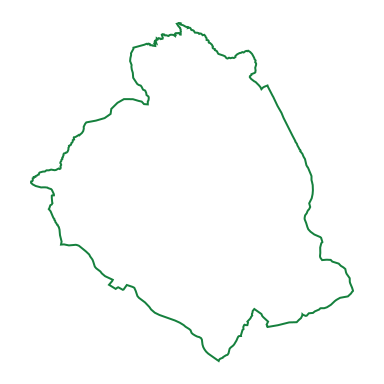 Gura Vaii, Bacau, Romania (Natural Earth projection)
{"feature_id": "2599482B95523815467969", "entity_name": "Gura Vaii", "entity_type": "district", "adm_level": 2, "iso_a3": "ROU", "parent_name": "Romania", "parent_adm1": "Bacau", "projection": "natural_earth1", "projection_center": [26.849, 46.295], "detail": "fine", "context": "isolated", "style": "outline", "palette": "green", "viewbox_px": 384, "rotation_deg": 0, "n_neighbors": 0, "source": "geoboundaries", "source_scale": "gbopen_adm2", "svg_char_len": 5802}
<svg xmlns="http://www.w3.org/2000/svg" viewBox="0 0 384 384"><path d="M347.9,296.4L351.0,293.5L351.9,292.1L352.9,291.1L353.0,290.7L352.1,287.8L350.2,283.3L349.8,281.9L349.7,278.2L346.6,273.8L346.0,272.3L345.3,269.0L343.4,267.4L340.8,265.8L338.7,263.6L332.3,261.6L330.7,259.9L326.6,259.7L322.1,260.1L320.3,257.6L320.0,256.1L320.3,253.0L320.2,247.5L321.3,243.2L322.4,242.1L321.1,237.8L320.3,237.1L314.3,234.5L310.5,231.7L308.3,229.3L307.4,227.1L306.2,223.1L304.8,219.6L304.6,218.8L304.7,217.4L305.1,215.4L306.8,213.1L307.4,211.4L308.2,210.1L309.0,209.4L310.2,207.0L309.2,203.3L311.7,198.3L312.6,194.1L312.9,190.3L312.7,184.9L312.4,183.8L312.2,182.7L311.5,180.0L311.5,176.5L311.4,175.8L307.9,167.4L307.4,167.0L306.4,165.2L305.0,159.1L303.5,156.6L302.4,153.8L300.3,151.3L300.6,150.9L300.2,149.9L299.5,149.5L299.2,148.6L297.4,145.4L296.9,143.8L295.3,141.6L295.4,141.2L292.8,136.3L283.5,117.8L281.5,112.9L277.5,105.9L273.1,96.6L272.7,96.0L268.0,86.9L267.5,85.5L264.2,86.8L262.8,87.7L261.4,89.2L260.4,87.1L258.9,85.3L255.6,82.0L254.2,81.3L251.1,78.9L249.8,77.2L249.9,76.2L251.4,75.0L251.4,74.2L254.7,72.9L255.4,72.1L255.4,71.2L255.6,70.6L255.2,67.8L256.1,64.8L256.1,63.4L255.2,62.2L255.6,60.6L255.5,60.3L254.6,59.3L254.2,57.9L252.1,54.0L250.2,52.0L248.1,50.7L247.4,51.2L246.3,50.9L245.1,51.4L243.7,52.5L242.3,52.1L240.8,52.9L239.7,53.0L237.2,54.3L235.4,56.0L235.4,57.1L233.9,58.0L232.4,57.7L230.4,58.2L229.0,57.7L227.7,58.5L227.0,58.4L226.3,58.0L225.1,56.4L223.5,55.6L218.4,53.9L217.5,52.5L217.1,51.5L216.5,50.9L214.9,50.1L214.9,49.1L213.3,48.5L212.7,47.9L212.6,46.9L212.9,46.6L212.8,46.4L211.8,44.6L210.0,43.0L208.9,42.7L208.7,42.4L208.8,41.2L208.2,40.3L206.6,40.0L206.6,38.2L205.8,37.3L205.5,36.3L204.3,34.8L202.6,35.2L201.5,33.9L200.7,33.5L199.2,33.9L198.9,33.2L197.6,32.8L194.9,32.6L193.7,30.7L192.6,30.1L192.1,30.2L191.2,29.8L190.6,28.4L190.1,27.9L189.7,27.7L188.2,28.0L188.4,27.6L188.2,27.1L187.7,27.0L187.5,27.3L185.5,26.6L183.3,25.3L180.1,24.4L179.9,24.1L180.6,23.3L180.1,23.1L178.6,23.0L177.7,23.6L176.9,23.8L178.5,26.3L180.1,27.9L180.0,28.3L180.7,29.4L180.6,30.6L180.9,31.6L180.6,32.1L180.4,33.2L180.7,33.3L180.7,34.6L180.1,34.6L179.1,33.1L178.1,33.0L177.8,33.3L176.0,33.1L175.2,33.6L175.5,34.8L174.9,34.6L174.8,34.8L174.9,35.9L173.4,34.9L170.9,34.7L169.3,35.2L169.1,35.6L168.3,36.0L166.5,35.3L165.0,35.4L164.5,35.2L164.4,34.6L164.0,34.4L162.5,34.2L161.9,34.6L162.2,35.1L162.0,35.5L162.3,35.8L162.4,37.0L162.8,37.7L162.6,38.7L161.5,39.0L160.7,38.8L160.4,39.0L159.9,38.4L158.6,38.2L157.9,39.2L156.7,38.3L156.6,40.2L155.6,40.3L155.3,41.0L154.9,41.0L154.8,41.4L155.9,41.7L155.3,41.8L155.7,42.4L156.0,42.3L156.3,43.2L156.0,43.0L154.9,42.7L154.2,43.4L154.3,43.8L155.2,44.6L155.3,46.0L152.4,45.6L152.1,45.2L150.2,45.2L149.9,44.1L148.8,43.7L148.2,43.7L147.8,44.3L146.6,43.8L144.4,44.7L133.4,47.7L133.4,48.9L131.0,53.3L131.1,55.1L130.4,58.0L130.1,61.1L131.6,65.0L131.4,66.8L131.8,69.6L132.8,72.8L133.2,77.8L137.2,83.9L138.6,84.9L140.7,85.6L141.5,86.6L143.0,89.6L145.2,90.6L146.2,92.9L146.5,95.0L148.4,96.5L148.7,97.3L148.7,98.9L148.4,100.6L147.8,101.3L147.8,104.4L144.0,104.1L141.7,101.6L138.6,100.9L132.9,99.2L124.0,99.1L117.5,102.8L111.3,108.9L110.6,113.9L104.6,118.1L96.0,120.6L86.3,122.4L85.1,123.9L83.7,126.8L83.8,128.7L83.2,131.1L82.0,132.9L79.3,135.3L78.9,134.9L76.2,136.6L74.5,137.3L73.9,137.3L73.7,137.9L74.1,139.5L72.8,140.1L72.7,141.6L72.2,142.5L71.4,143.0L71.0,144.7L69.0,145.8L69.2,146.5L68.5,147.6L68.4,149.6L67.6,151.6L66.7,152.5L65.7,152.7L65.5,153.1L63.9,153.5L63.7,153.8L63.4,154.8L63.5,155.5L62.8,156.7L62.8,157.5L62.1,158.1L62.3,159.1L61.4,159.9L61.3,161.0L60.6,161.9L60.4,162.4L60.3,163.0L60.8,163.7L61.2,164.9L60.6,165.9L60.5,166.5L60.7,167.3L60.5,168.5L59.7,169.0L58.7,168.5L55.9,170.0L54.5,170.2L51.1,169.6L49.0,170.3L46.5,170.3L44.9,171.5L42.9,171.6L39.7,172.5L39.2,173.0L38.8,174.5L38.3,174.5L37.1,175.5L35.5,176.2L35.4,176.9L33.8,177.0L33.9,177.8L32.7,178.3L32.8,180.1L32.6,180.7L32.2,181.2L31.2,181.4L31.0,182.0L31.1,182.9L32.7,184.4L35.7,186.0L41.0,187.4L44.8,187.3L47.5,187.6L48.1,188.1L51.1,189.1L51.8,189.8L52.3,190.8L53.7,193.8L54.0,195.1L53.9,195.4L52.3,195.3L51.8,195.7L51.8,197.9L52.2,202.5L52.5,203.1L51.7,204.5L50.3,205.3L49.2,208.6L48.8,209.1L50.6,211.3L53.3,217.7L54.4,219.1L54.3,219.8L55.1,220.7L55.5,222.3L56.2,223.0L57.2,224.9L57.6,224.9L58.5,226.8L58.8,227.0L59.5,229.6L60.0,235.2L61.6,241.6L61.0,244.6L64.0,244.4L68.9,245.4L75.9,244.8L77.5,245.2L79.0,245.8L85.9,251.4L89.2,254.5L90.2,256.5L92.4,259.5L93.2,261.5L94.8,266.6L96.2,268.3L100.4,271.5L101.8,273.4L105.1,276.2L112.8,279.8L112.2,281.0L109.0,284.8L115.7,288.9L117.6,287.5L118.3,287.3L122.8,289.8L123.6,289.5L126.8,285.0L132.6,286.9L134.3,287.8L135.7,290.9L137.4,296.0L138.9,297.8L145.0,302.4L149.3,306.9L151.1,309.5L154.8,312.7L159.5,315.0L175.0,320.5L179.8,322.7L183.7,325.1L185.5,326.7L189.3,329.1L190.6,330.3L191.5,332.8L192.7,334.0L195.1,335.5L197.3,336.6L199.3,337.1L201.1,338.2L201.9,339.7L202.5,344.6L203.3,347.2L204.5,349.4L206.1,351.6L208.2,353.6L218.7,361.0L219.2,359.7L220.1,358.8L222.8,357.7L223.0,357.2L225.8,355.4L227.5,354.8L228.5,353.4L229.6,348.8L230.5,347.7L233.0,345.7L234.1,344.5L236.5,340.5L237.7,337.7L238.3,336.6L239.0,336.1L241.0,336.0L240.9,335.4L242.5,330.0L243.5,329.2L243.3,327.0L244.1,325.1L244.6,324.7L245.7,325.1L247.4,325.1L248.0,322.5L247.4,321.6L250.4,318.4L251.2,316.7L252.2,315.5L251.9,314.6L252.0,313.7L252.4,313.0L252.7,311.0L254.3,309.0L261.4,314.0L262.3,316.1L263.3,317.2L268.1,321.6L266.6,324.7L267.3,325.8L267.1,326.4L267.5,327.0L278.0,325.2L289.2,322.4L296.7,322.2L298.9,319.9L301.0,318.1L302.3,315.4L302.4,314.3L302.9,314.8L305.8,315.9L306.8,315.6L308.8,313.3L313.0,312.9L314.8,311.4L319.2,309.5L320.1,308.5L320.8,308.2L324.2,308.2L326.9,307.3L330.9,304.8L334.8,301.1L336.4,299.9L340.1,297.8L347.9,296.4Z" fill="none" stroke="#15803d" stroke-width="2"/></svg>